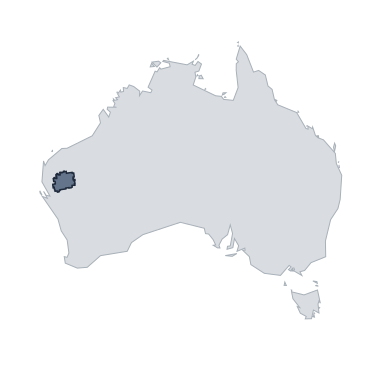 location of Upper Gascoyne, Western Australia, Australia, rotated 352°
{"feature_id": "25037944B28786779473224", "entity_name": "Upper Gascoyne", "entity_type": "district", "adm_level": 2, "iso_a3": "AUS", "parent_name": "Australia", "parent_adm1": "Western Australia", "projection": "mercator", "projection_center": [116.107, -24.719], "detail": "fine", "context": "in_parent", "style": "filled", "palette": "slate", "viewbox_px": 384, "rotation_deg": 352, "n_neighbors": 0, "source": "geoboundaries", "source_scale": "gbopen_adm2", "svg_char_len": 5918}
<svg xmlns="http://www.w3.org/2000/svg" viewBox="0 0 384 384"><g transform="rotate(352 192 192)"><path d="M265.3,63.6L269.6,81.8L274.9,80.9L280.9,86.3L282.0,97.6L285.6,101.5L286.5,112.1L289.1,117.6L306.7,127.9L313.7,145.0L315.7,145.9L316.0,142.9L319.9,146.0L320.5,144.4L322.1,153.2L324.4,155.9L329.4,158.6L339.3,173.7L338.9,183.9L342.6,196.3L337.7,219.9L334.2,228.7L325.4,238.7L317.3,259.1L315.4,274.7L300.1,278.5L292.6,285.4L287.8,286.0L289.2,290.0L281.8,284.2L282.8,282.8L282.3,281.4L281.0,281.4L278.5,283.9L276.7,282.3L279.7,280.0L278.0,278.2L268.0,286.9L252.3,282.6L240.2,272.1L239.8,264.0L234.1,256.7L236.5,257.0L236.5,254.9L228.3,257.0L230.7,251.7L227.6,244.0L224.7,252.8L218.7,253.6L219.6,250.7L222.4,250.7L226.4,238.7L225.3,229.9L221.3,239.2L215.3,242.8L211.3,248.4L211.9,251.3L209.5,250.9L205.6,247.7L208.1,247.7L206.3,242.1L202.6,235.9L199.6,235.1L199.1,229.6L176.2,220.4L137.4,227.4L125.0,233.7L119.6,241.7L92.5,242.3L77.8,252.0L67.8,251.4L56.6,244.8L56.5,238.2L59.2,239.3L61.6,235.3L61.7,222.2L57.1,212.3L55.5,200.2L43.1,175.5L47.9,178.1L45.1,170.7L47.1,175.0L50.8,176.3L44.8,161.1L49.3,140.6L50.2,145.4L54.4,140.1L69.2,130.8L74.4,131.3L101.0,122.5L111.0,110.8L110.4,103.2L115.6,97.8L120.0,106.2L122.3,101.6L119.5,98.3L120.3,96.2L129.0,97.6L126.2,96.8L128.0,93.5L126.5,90.6L131.1,90.2L129.5,88.0L133.3,87.7L132.0,84.6L135.3,81.1L135.5,83.2L138.2,82.9L138.5,79.0L142.3,80.4L144.7,77.2L148.9,79.4L154.3,84.9L153.4,89.3L157.1,85.1L165.0,87.9L166.6,85.5L163.1,82.1L172.3,67.2L174.1,68.2L177.3,64.4L178.3,66.0L187.8,64.9L187.5,61.3L181.2,58.6L182.2,57.7L204.9,65.4L211.6,62.6L209.9,65.5L212.7,67.1L216.1,63.6L219.2,66.6L215.6,73.2L211.6,73.8L211.8,78.6L208.1,86.2L228.8,100.0L234.4,101.4L236.2,104.7L245.6,107.0L252.2,95.0L252.7,77.6L253.7,71.1L256.1,69.5L254.3,66.6L260.0,54.2L265.3,63.6ZM276.7,304.7L288.6,309.5L302.6,306.5L303.6,320.0L302.6,317.5L301.2,320.4L300.9,329.5L295.8,325.8L292.7,334.1L286.5,333.4L287.8,331.1L282.4,327.1L280.3,320.1L282.6,321.4L277.1,311.8L276.7,304.7ZM170.5,57.8L177.1,57.8L179.1,59.7L174.7,63.4L170.5,57.8ZM216.1,259.6L227.9,259.2L222.9,261.3L216.1,259.6ZM217.4,77.6L218.8,81.4L214.6,80.7L215.3,78.1L217.4,77.6ZM338.7,171.9L338.4,167.3L340.0,163.5L340.7,166.3L338.7,171.9ZM299.3,296.9L303.2,298.1L303.4,299.9L299.3,296.9ZM169.9,58.9L172.2,62.5L168.0,62.3L169.9,58.9ZM272.4,297.7L270.2,297.3L271.4,294.1L272.4,297.7ZM239.5,98.4L237.6,99.6L235.5,100.2L236.5,98.1L239.5,98.4ZM43.1,174.4L41.5,172.2L41.4,170.1L41.6,170.0L43.1,174.4ZM302.5,301.7L304.0,302.9L301.1,301.9L302.5,301.7ZM323.5,153.8L325.0,153.8L325.0,155.8L323.5,153.8ZM287.0,111.9L288.8,113.1L288.4,113.7L287.0,111.9ZM295.7,330.7L295.9,333.0L294.4,332.3L295.7,330.7ZM341.3,185.6L341.4,188.2L341.2,188.1L341.3,185.6ZM187.2,57.6L186.1,56.6L186.8,56.1L187.2,57.6ZM217.6,57.8L216.0,59.7L217.9,56.5L217.6,57.8ZM341.5,182.6L340.8,183.4L341.3,182.5L341.5,182.6ZM220.0,91.9L219.1,92.3L219.6,91.4L220.0,91.9ZM214.2,77.5L213.0,77.7L213.7,76.6L214.2,77.5ZM59.8,130.9L59.4,132.5L58.9,132.4L59.8,130.9ZM258.1,53.3L258.0,54.6L257.6,53.7L258.1,53.3ZM281.0,282.1L281.3,283.1L280.9,282.8L281.0,282.1ZM215.6,60.2L213.5,61.5L215.7,59.9L215.6,60.2ZM132.1,82.8L131.3,83.7L131.8,82.6L132.1,82.8ZM296.6,329.1L295.8,329.5L296.2,328.7L296.6,329.1ZM238.6,102.9L237.4,102.9L238.0,102.1L238.6,102.9ZM127.7,89.5L127.1,90.0L127.1,88.8L127.7,89.5ZM302.3,324.4L301.3,325.0L301.6,323.8L302.3,324.4ZM258.8,49.9L258.7,50.7L258.0,50.3L258.8,49.9ZM280.4,283.5L281.4,284.4L279.8,284.1L280.4,283.5ZM308.8,127.8L308.0,127.9L308.3,126.8L308.8,127.8ZM315.3,142.7L314.9,142.7L315.2,141.9L315.3,142.7ZM277.2,303.1L276.9,303.9L276.7,302.9L277.2,303.1Z" fill="#d9dde1" stroke="#a8b0b8" stroke-width="1"/><path d="M61.0,155.0L60.8,155.0L60.8,155.8L60.3,155.8L60.0,155.8L60.0,156.0L59.9,156.0L59.7,156.0L59.7,156.3L59.7,156.5L59.6,156.8L59.5,157.0L59.6,157.3L59.6,157.7L60.1,157.7L60.1,158.3L60.1,159.0L60.0,159.6L59.9,159.6L59.9,159.8L59.5,159.8L59.4,159.8L59.4,159.4L58.1,159.4L58.1,158.6L57.4,158.6L57.4,159.5L56.8,159.5L56.5,159.5L56.5,161.3L56.5,162.3L57.6,162.3L57.7,162.9L57.9,162.9L57.9,164.1L57.8,164.7L57.5,164.7L57.5,165.0L56.8,165.0L56.7,165.1L56.3,165.1L56.2,165.0L55.6,165.0L55.2,165.0L55.2,165.4L55.2,165.5L55.1,165.8L55.1,166.2L55.1,166.6L55.1,167.1L55.1,167.4L55.8,167.4L55.8,167.9L55.8,168.1L55.1,168.1L55.1,168.6L55.9,168.6L56.2,168.6L56.2,169.0L56.1,169.3L56.2,170.0L56.2,170.4L56.2,170.5L56.5,170.5L56.5,172.2L58.5,172.2L58.5,173.0L58.7,173.4L60.1,173.4L60.1,172.9L60.3,172.9L60.5,172.8L60.4,172.8L60.5,172.8L60.5,172.7L60.8,172.6L61.0,172.5L61.1,171.8L61.8,171.8L61.8,171.4L62.2,171.4L62.6,171.4L62.9,171.4L63.6,171.4L63.9,171.4L64.0,171.4L64.3,171.4L64.5,171.4L64.8,171.4L65.0,171.4L65.8,171.4L66.4,171.4L66.9,171.4L67.1,171.4L67.4,171.4L67.4,170.9L67.7,170.9L67.7,170.5L68.6,170.5L68.8,170.5L69.0,170.5L69.9,170.5L70.7,170.5L70.7,171.0L71.4,171.0L72.4,171.0L72.8,171.0L73.0,171.0L73.2,170.7L73.3,170.7L73.5,170.7L73.9,170.5L74.0,170.5L74.1,170.1L74.1,169.9L74.1,169.7L74.1,168.8L74.3,168.8L74.5,168.8L74.8,168.8L75.0,168.8L75.4,168.8L75.6,168.8L75.8,168.8L76.0,168.8L76.4,168.8L76.4,169.0L77.0,169.0L77.0,168.0L76.9,168.0L76.8,167.5L77.3,167.5L77.3,166.8L77.3,166.7L77.3,166.2L77.3,164.6L76.7,164.6L76.7,164.0L77.8,164.0L77.8,163.4L77.2,163.4L76.0,163.3L76.0,162.7L76.0,161.9L76.4,161.9L76.3,161.6L76.3,160.7L77.4,160.7L77.5,160.0L77.5,158.2L77.5,157.8L77.5,157.6L77.5,157.4L77.4,157.4L77.4,156.7L77.2,156.7L76.7,156.7L76.3,156.7L76.0,156.7L76.0,155.9L71.8,155.9L71.7,155.9L71.7,156.0L71.4,156.0L71.1,156.0L70.9,156.0L70.3,156.0L70.3,154.1L68.4,154.2L68.4,153.6L67.9,153.6L67.7,153.6L67.6,154.4L66.2,154.4L66.2,154.5L66.2,154.8L65.7,154.8L65.4,154.8L65.4,154.6L65.2,154.6L65.0,154.4L64.5,154.4L64.5,154.2L64.1,154.2L63.8,154.2L63.8,154.8L63.8,155.2L63.8,156.7L63.5,156.7L63.0,156.7L62.7,156.5L62.3,156.5L62.3,156.3L61.9,156.3L61.9,155.5L61.8,155.1L61.6,155.0L61.3,155.0L61.0,155.0Z" fill="#64748b" stroke="#1e293b" stroke-width="1.5"/></g></svg>